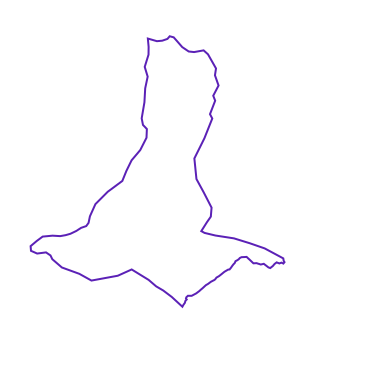 Koui, Ouham-Pendé, Central African Republic (orthographic projection), rotated 209°
{"feature_id": "33826404B71934397264584", "entity_name": "Koui", "entity_type": "district", "adm_level": 2, "iso_a3": "CAF", "parent_name": "Central African Republic", "parent_adm1": "Ouham-Pendé", "projection": "orthographic", "projection_center": [15.242, 6.674], "detail": "fine", "context": "isolated", "style": "outline", "palette": "violet", "viewbox_px": 384, "rotation_deg": 209, "n_neighbors": 0, "source": "geoboundaries", "source_scale": "gbopen_adm2", "svg_char_len": 1845}
<svg xmlns="http://www.w3.org/2000/svg" viewBox="0 0 384 384"><g transform="rotate(209 192 192)"><path d="M305.0,304.8L300.3,297.9L296.6,291.0L294.0,278.5L286.7,271.4L283.2,260.0L277.1,247.4L271.7,232.0L267.4,226.9L262.0,225.2L258.1,217.4L257.6,203.6L260.2,190.4L259.6,178.6L258.3,167.9L265.8,151.4L270.6,134.6L269.5,121.3L267.5,114.8L268.0,110.9L271.6,106.9L274.4,101.7L278.1,96.5L281.6,93.0L285.9,89.5L292.8,86.2L301.0,80.6L304.0,74.0L306.9,66.4L304.3,62.5L297.6,63.1L290.4,68.4L285.0,67.9L281.6,65.5L269.2,62.9L250.9,65.8L237.0,65.8L216.3,82.8L207.2,95.0L187.3,94.1L177.6,92.1L169.4,91.9L158.8,90.4L144.8,87.0L144.8,89.3L144.5,91.4L145.0,93.8L144.5,95.4L145.7,96.0L145.9,97.3L145.2,99.3L142.0,101.0L139.2,105.3L137.5,109.1L137.1,110.4L136.4,112.2L136.1,113.0L134.7,117.2L133.3,119.6L132.6,121.2L131.8,122.9L130.9,124.2L130.8,124.4L130.4,125.0L130.0,125.5L129.4,126.8L129.1,129.0L127.6,131.5L126.5,134.1L125.1,137.6L124.7,138.4L122.8,141.6L121.6,142.5L121.2,144.6L121.0,146.7L120.7,148.8L120.2,150.6L120.4,152.6L119.3,154.3L119.2,154.5L118.5,155.9L118.2,157.4L117.1,159.0L114.8,160.4L112.8,161.7L112.3,161.6L112.0,161.5L109.6,160.9L109.4,160.9L108.3,160.6L103.7,159.4L101.0,161.1L99.2,161.4L98.9,161.5L98.4,161.6L96.7,161.9L94.4,164.0L91.1,163.5L88.6,163.1L86.7,163.4L85.4,166.5L84.9,169.1L84.0,171.1L83.8,171.5L83.6,171.5L80.9,171.9L80.6,172.3L79.5,173.6L77.4,173.7L77.1,175.5L78.4,176.2L80.0,178.2L101.1,177.9L116.6,175.2L132.8,171.8L150.4,165.3L161.2,162.3L164.9,162.3L164.3,172.8L163.6,179.6L167.3,187.8L181.5,197.3L194.4,205.5L206.2,222.5L207.2,245.0L209.9,266.1L214.0,268.8L216.0,283.1L220.1,286.5L220.4,298.0L228.5,305.2L230.9,311.7L244.8,320.2L250.5,321.5L258.0,315.4L263.0,313.3L270.8,314.0L278.2,316.7L283.0,318.4L287.0,317.4L287.7,314.0L291.4,309.9L295.8,306.9L305.0,304.8Z" fill="none" stroke="#5b21b6" stroke-width="2"/></g></svg>